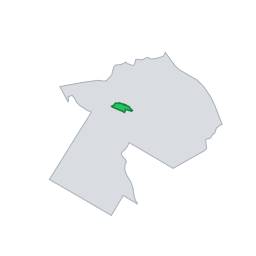 Senahú, Alta Verapaz, Guatemala (highlighted), rotated 210°
{"feature_id": "79465075B39749576611846", "entity_name": "Senahú", "entity_type": "district", "adm_level": 2, "iso_a3": "GTM", "parent_name": "Guatemala", "parent_adm1": "Alta Verapaz", "projection": "orthographic", "projection_center": [-89.866, 15.422], "detail": "fine", "context": "in_parent", "style": "filled", "palette": "green", "viewbox_px": 256, "rotation_deg": 210, "n_neighbors": 0, "source": "geoboundaries", "source_scale": "gbopen_adm2", "svg_char_len": 3025}
<svg xmlns="http://www.w3.org/2000/svg" viewBox="0 0 256 256"><g transform="rotate(210 128 128)"><path d="M48.3,178.2L49.4,177.2L50.3,174.8L51.4,172.3L50.8,169.4L50.4,167.0L51.6,163.6L51.5,161.0L52.1,159.5L54.0,158.5L54.9,156.5L49.8,149.7L49.9,148.2L50.6,146.3L54.8,139.2L59.8,130.7L65.4,121.3L68.7,115.6L80.7,115.7L88.6,115.8L98.7,115.8L109.6,115.9L116.8,115.9L119.8,115.8L119.3,112.1L119.7,108.0L121.0,104.3L121.0,102.7L118.9,100.7L114.7,99.5L112.4,97.8L112.4,95.5L111.4,92.8L109.4,89.6L105.3,86.3L99.0,83.0L93.7,78.5L89.3,72.9L85.6,69.2L82.7,67.7L82.0,66.9L90.5,67.0L98.4,67.2L98.5,59.1L98.6,52.0L98.7,43.9L113.1,44.0L130.3,44.1L148.1,44.1L162.1,44.1L170.4,44.1L170.0,54.1L169.6,65.6L169.4,74.1L169.0,85.5L168.6,97.1L168.0,112.9L167.7,123.2L167.8,123.4L172.6,122.9L179.6,123.3L181.3,123.3L183.4,124.1L185.1,124.4L188.6,126.7L192.8,128.4L195.4,124.9L194.0,122.8L193.0,121.7L193.1,120.7L207.7,129.8L206.0,131.2L202.3,134.5L195.7,140.0L189.7,145.1L183.9,149.6L178.7,153.7L178.1,154.1L171.5,157.0L170.4,158.3L169.0,164.1L168.4,165.5L169.6,168.7L170.8,173.6L170.4,176.2L165.9,179.4L163.8,182.2L162.8,184.1L162.0,183.6L160.6,183.4L157.3,184.2L155.7,184.3L154.4,185.1L154.3,186.9L155.2,189.8L155.5,191.3L154.6,192.0L150.5,193.7L148.9,195.4L147.4,198.0L145.6,199.2L143.8,199.0L142.5,199.3L139.7,201.3L135.5,205.2L133.2,208.0L133.2,210.1L133.6,212.1L118.2,205.3L113.1,204.1L91.6,204.1L82.4,201.4L71.9,196.2L64.8,191.5L48.3,178.2Z" fill="#d9dde1" stroke="#a8b0b8" stroke-width="1"/><path d="M140.9,139.7L140.7,139.7L139.8,139.7L139.6,139.7L139.4,139.7L139.0,139.6L139.0,139.9L138.9,140.2L138.9,140.3L138.8,140.6L138.9,140.8L139.0,141.2L139.0,141.3L139.1,141.5L139.3,142.0L139.4,142.3L139.6,142.8L139.2,143.0L138.9,143.0L138.6,143.1L138.4,143.2L138.2,143.2L138.0,143.3L137.9,143.3L137.6,143.4L137.4,143.4L136.3,143.6L135.8,143.7L135.7,143.8L135.2,143.9L134.9,144.0L134.0,144.2L133.9,144.2L133.6,144.3L133.2,144.4L133.0,145.4L134.0,145.6L134.7,145.8L134.9,145.8L135.0,145.9L136.3,146.2L136.7,146.5L136.9,146.6L137.3,146.9L137.6,146.9L137.8,146.9L138.6,147.0L138.7,146.9L138.9,146.9L139.1,146.9L139.3,146.8L139.5,146.8L139.8,146.7L140.0,146.6L140.3,146.5L140.7,146.5L140.8,146.5L141.1,146.7L141.2,146.8L141.3,146.9L141.4,146.7L141.6,146.7L141.9,146.7L142.1,146.7L142.4,146.7L142.2,146.5L142.1,146.4L142.0,146.2L142.6,146.0L143.1,146.0L143.4,146.1L143.8,146.1L144.3,146.2L144.6,146.1L145.0,146.0L145.3,146.1L146.0,145.8L146.3,145.7L146.9,145.7L147.6,145.6L148.2,145.5L148.3,145.4L148.3,144.7L148.8,144.5L149.1,144.3L149.4,144.2L149.6,144.1L150.0,143.9L150.5,143.7L150.8,143.5L151.3,143.3L151.4,143.2L151.5,142.8L151.5,142.7L151.5,141.8L151.5,141.7L151.6,141.4L151.6,141.0L151.5,140.8L151.7,140.6L151.9,140.3L152.2,139.9L152.4,139.6L152.6,139.2L152.8,138.9L152.9,138.7L153.0,138.6L152.4,138.4L152.2,138.4L151.8,138.4L148.9,138.7L148.6,138.8L147.6,138.9L146.0,139.1L145.4,139.2L145.0,139.2L144.7,139.3L144.4,139.3L144.1,139.3L143.7,139.4L142.2,139.6L141.1,139.7L140.9,139.7Z" fill="#22c55e" stroke="#15803d" stroke-width="1.5"/></g></svg>